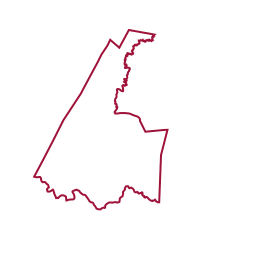 outline of Itezhi-Tezhi, Southern, Zambia, rotated 297°
{"feature_id": "96606910B99117639697542", "entity_name": "Itezhi-Tezhi", "entity_type": "district", "adm_level": 2, "iso_a3": "ZMB", "parent_name": "Zambia", "parent_adm1": "Southern", "projection": "mercator", "projection_center": [26.535, -15.924], "detail": "fine", "context": "isolated", "style": "outline", "palette": "rose", "viewbox_px": 256, "rotation_deg": 297, "n_neighbors": 0, "source": "geoboundaries", "source_scale": "gbopen_adm2", "svg_char_len": 5704}
<svg xmlns="http://www.w3.org/2000/svg" viewBox="0 0 256 256"><g transform="rotate(297 128 128)"><path d="M223.1,108.7L215.7,84.3L195.6,83.8L198.5,72.1L192.4,72.3L181.5,71.0L173.9,71.1L141.3,70.4L137.4,70.4L105.7,66.9L82.4,67.0L59.0,66.8L42.0,66.5L42.3,68.1L43.0,69.7L44.1,71.2L44.3,71.6L44.4,72.2L44.2,72.6L43.6,73.3L42.3,74.2L41.6,74.9L41.3,75.4L40.9,76.5L41.8,77.8L42.1,78.8L41.9,79.5L41.6,80.0L41.3,81.0L41.1,82.4L39.5,84.2L39.1,84.4L38.4,84.0L37.8,83.9L37.6,83.8L37.3,83.7L37.0,83.6L36.7,83.6L35.7,84.3L34.9,85.2L35.4,86.5L35.8,86.9L36.4,87.6L38.8,88.9L39.0,89.1L38.7,89.7L37.9,90.3L36.7,91.7L36.3,91.8L35.6,92.6L34.7,93.8L32.9,95.8L33.0,96.0L33.7,96.5L33.8,96.8L33.7,97.3L33.9,97.6L35.5,98.0L36.9,98.6L37.8,99.4L38.3,100.3L38.8,101.6L38.8,103.0L38.5,104.0L35.4,106.0L35.5,106.2L36.6,107.2L37.8,108.6L39.5,111.6L39.8,111.9L40.5,112.1L41.2,112.1L41.7,111.9L42.3,111.6L44.3,110.0L45.6,107.8L45.9,107.5L46.3,107.4L46.7,107.5L47.0,107.7L49.7,110.1L49.7,110.3L49.6,111.5L49.9,113.0L49.7,113.4L49.4,113.8L49.1,114.3L48.6,115.4L48.7,115.8L48.3,116.8L48.2,117.7L48.3,118.6L48.7,119.5L48.8,120.4L48.2,121.7L47.6,122.7L47.6,123.2L47.0,124.0L46.0,125.9L45.6,126.4L45.0,127.9L45.0,128.5L45.5,130.4L45.3,131.0L44.0,132.6L43.4,134.2L41.9,136.6L42.0,137.8L42.7,140.0L43.2,140.6L44.9,141.3L46.1,142.6L46.2,143.5L46.4,143.7L46.8,143.7L48.5,143.0L49.0,143.0L49.8,143.2L51.2,143.8L52.8,144.8L53.1,145.1L53.8,146.4L54.2,147.7L55.8,149.7L56.2,150.3L56.6,152.0L57.1,152.8L58.0,153.8L58.4,153.9L60.7,153.0L61.6,152.8L62.4,152.8L64.7,154.1L66.8,153.6L67.7,153.3L68.1,152.8L68.6,152.6L69.1,152.6L71.8,153.2L72.0,153.1L73.0,152.6L74.5,152.6L74.9,152.6L75.3,153.0L76.0,154.2L76.1,154.8L75.2,155.9L75.0,156.4L75.1,156.9L76.0,157.5L76.3,157.9L76.1,160.0L75.5,161.2L74.5,162.3L74.1,162.9L74.0,163.7L74.2,164.2L74.8,165.0L75.3,165.2L75.3,165.5L74.9,166.2L74.7,166.5L74.5,167.4L74.6,167.7L75.8,168.6L76.0,169.0L76.7,169.6L76.9,169.6L77.0,170.0L76.6,170.5L75.8,170.9L75.0,170.9L74.8,171.6L74.5,172.1L74.6,172.8L74.7,173.4L74.3,173.7L73.9,173.8L73.7,174.1L73.9,174.6L73.8,174.9L74.3,175.3L74.6,175.3L74.8,175.5L75.0,175.8L75.0,176.1L75.0,176.8L74.2,178.6L73.7,180.9L73.9,182.6L74.1,183.0L74.5,183.0L75.0,183.8L75.2,184.0L75.7,184.3L76.4,184.6L76.2,185.1L75.5,186.2L75.3,187.0L75.3,188.0L76.0,189.5L118.9,169.7L144.3,164.0L142.5,160.8L132.6,145.2L134.4,142.7L139.9,135.3L140.8,135.0L141.7,134.2L142.0,133.5L142.5,131.8L142.4,130.4L142.3,130.1L141.8,126.7L141.7,123.8L141.1,121.2L140.4,120.0L140.2,119.2L139.8,118.1L139.0,116.7L137.8,114.4L137.1,113.3L136.1,112.1L135.5,110.7L135.1,110.1L135.3,109.7L135.6,109.6L136.1,108.8L138.5,109.2L139.3,109.2L140.2,109.4L140.8,109.3L141.6,109.0L141.5,108.7L141.2,108.4L141.3,108.1L141.6,107.9L142.4,108.1L142.6,108.0L144.1,106.7L144.1,106.4L143.7,106.1L143.8,105.6L144.7,105.1L145.8,104.9L145.9,104.7L146.0,104.4L146.3,103.9L148.3,103.5L150.0,103.7L150.4,103.7L151.0,103.4L152.4,102.5L154.2,102.4L154.7,102.3L155.6,101.9L156.7,100.9L157.3,100.7L157.6,100.7L157.9,100.9L158.5,102.2L158.5,103.3L158.1,105.1L158.3,106.5L158.5,106.8L158.8,106.9L159.0,106.9L159.7,106.2L161.2,105.6L162.4,104.3L162.7,104.0L163.2,103.8L163.7,104.0L164.1,104.3L164.3,105.1L164.1,105.8L164.1,106.1L165.1,106.2L165.4,106.6L165.6,107.2L166.0,107.2L166.1,106.9L166.3,106.1L166.7,105.7L166.9,105.6L167.4,105.8L167.7,105.4L167.7,104.6L167.3,103.9L167.3,103.6L167.5,103.5L168.4,104.0L169.3,105.2L169.5,105.3L169.9,105.2L170.1,104.9L170.1,104.7L169.4,103.0L169.5,102.6L169.9,102.4L170.2,102.6L170.3,102.9L170.2,103.6L170.4,104.0L170.9,104.4L171.8,104.5L172.6,104.4L173.2,104.1L174.1,103.4L174.4,103.1L174.9,103.1L175.4,103.4L175.7,103.4L177.3,102.8L178.3,102.8L178.9,103.1L179.8,102.8L180.7,102.9L181.2,102.9L181.5,102.8L182.0,102.4L182.1,101.7L181.7,100.5L181.0,99.4L181.1,98.9L180.4,98.7L180.2,98.5L180.2,98.0L180.3,97.9L180.6,97.9L181.2,98.1L181.5,98.5L181.9,98.8L182.0,98.6L181.9,98.2L181.9,97.8L182.1,97.7L182.3,97.7L182.9,98.4L183.1,98.4L183.6,98.0L183.8,97.6L183.6,97.4L183.0,97.2L182.8,96.8L183.3,96.0L183.8,95.7L184.4,95.4L185.4,95.5L186.4,94.8L186.9,94.9L187.1,94.2L187.6,94.1L188.1,94.6L188.3,94.6L188.6,94.5L188.9,93.9L189.1,93.8L189.7,93.9L190.4,93.7L190.7,93.7L191.2,94.0L191.5,94.5L192.0,94.7L192.2,94.3L192.1,93.4L192.3,93.4L192.6,93.5L192.9,94.2L193.1,94.3L193.7,94.0L194.3,93.5L194.5,93.6L194.7,93.9L194.3,94.7L194.3,95.2L194.4,95.4L195.0,95.7L195.1,96.0L195.1,96.3L194.9,96.7L195.2,96.9L195.4,97.4L195.2,98.0L196.1,98.4L196.4,98.8L197.2,98.5L197.3,98.1L197.8,97.4L197.8,96.8L198.0,96.6L198.4,96.5L199.1,96.7L199.6,96.6L200.0,97.1L200.7,96.8L201.7,97.0L203.0,95.6L203.3,95.6L203.7,95.7L204.2,96.4L205.0,96.3L205.4,96.5L205.5,96.7L205.3,97.3L205.4,98.1L205.5,98.2L206.0,98.0L206.3,98.0L206.6,98.6L206.8,98.8L207.3,98.9L207.8,99.3L208.3,99.2L208.4,99.3L208.4,99.8L208.5,99.8L209.0,99.6L209.2,99.3L209.7,99.1L209.9,98.9L210.3,98.8L210.5,98.1L210.8,97.9L211.3,99.1L211.5,99.3L212.2,99.5L212.1,100.3L212.3,101.0L212.6,101.2L213.2,101.3L212.9,101.8L212.4,102.2L212.4,102.4L212.9,102.9L212.5,103.5L212.5,103.8L212.9,104.4L213.0,104.5L213.3,104.5L213.7,104.1L214.0,104.1L214.1,104.5L214.6,104.7L214.6,105.0L215.1,105.2L215.2,105.5L215.4,105.8L215.1,106.3L215.1,106.5L215.3,106.5L215.7,106.3L215.8,106.3L215.8,106.6L215.4,106.9L215.4,107.1L216.3,107.2L216.2,107.5L215.8,107.6L215.7,107.7L216.1,108.5L216.7,108.8L216.7,109.0L216.3,109.5L217.3,110.1L217.4,109.6L217.9,109.8L218.0,109.7L218.1,109.4L218.6,109.1L218.9,109.0L219.5,109.0L219.7,108.8L219.6,108.5L219.9,108.3L220.1,108.5L220.1,108.8L220.4,109.1L220.5,109.2L220.8,108.8L221.1,108.8L221.3,108.5L221.6,108.6L221.8,109.1L222.1,109.4L222.2,109.2L222.3,108.3L222.4,108.2L222.5,108.2L222.8,108.5L223.1,108.7Z" fill="none" stroke="#9f1239" stroke-width="2"/></g></svg>